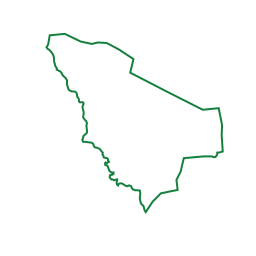 Juazeiro do Piauí, Piauí, Brazil, rotated 103°
{"feature_id": "56859067B16787384500199", "entity_name": "Juazeiro do Piauí", "entity_type": "district", "adm_level": 2, "iso_a3": "BRA", "parent_name": "Brazil", "parent_adm1": "Piauí", "projection": "orthographic", "projection_center": [-41.546, -4.968], "detail": "fine", "context": "isolated", "style": "outline", "palette": "green", "viewbox_px": 256, "rotation_deg": 103, "n_neighbors": 0, "source": "geoboundaries", "source_scale": "gbopen_adm2", "svg_char_len": 2317}
<svg xmlns="http://www.w3.org/2000/svg" viewBox="0 0 256 256"><g transform="rotate(103 128 128)"><path d="M206.0,91.8L194.4,87.5L184.3,81.3L180.2,72.5L177.2,65.7L167.7,69.1L158.6,66.9L149.2,66.9L144.8,66.8L139.3,49.9L138.6,47.8L136.7,39.5L137.2,38.2L136.6,36.3L134.7,35.4L133.1,35.1L131.9,35.5L131.3,33.5L129.6,30.4L113.9,35.1L112.4,35.4L104.0,37.0L88.3,44.1L93.4,59.2L91.7,66.2L83.5,99.5L73.6,138.3L67.0,138.2L59.6,138.2L55.3,149.8L53.7,154.0L50.8,164.6L50.0,167.8L51.4,176.5L54.2,182.1L54.3,186.8L54.4,193.6L50.5,210.7L54.9,223.9L55.3,225.1L64.5,224.6L65.8,224.9L67.6,225.6L68.9,224.2L69.5,222.4L70.6,220.7L71.8,219.3L73.3,217.6L74.9,216.7L76.1,215.9L77.6,215.5L79.0,215.2L80.5,214.7L81.7,213.8L83.3,213.2L84.7,212.1L85.7,210.8L87.2,210.6L87.7,208.6L88.1,206.9L89.1,205.3L90.5,204.2L91.8,202.9L92.9,200.7L93.9,199.4L95.4,198.1L97.2,197.7L98.8,197.5L100.4,196.6L101.8,195.7L103.3,195.0L104.4,193.8L105.0,191.7L104.8,190.0L104.5,188.1L105.0,186.6L106.1,185.5L107.7,185.0L109.1,184.4L109.8,183.3L111.2,182.3L113.2,181.7L113.8,180.5L113.3,178.9L113.1,177.4L114.4,176.7L116.0,177.0L117.4,177.2L119.2,176.5L120.8,175.6L122.0,175.0L123.5,174.5L125.3,174.3L127.1,174.3L128.5,173.4L129.7,171.9L130.7,170.4L131.9,169.4L133.2,169.0L135.0,169.1L136.6,168.5L138.6,167.8L140.3,167.2L142.1,167.0L143.8,168.2L145.8,169.6L147.8,169.6L149.7,169.9L151.5,168.6L151.3,167.2L150.9,165.9L150.9,164.0L150.7,162.2L150.5,160.4L150.9,158.8L151.8,157.9L153.1,157.4L154.3,156.0L154.2,153.7L154.5,151.9L155.2,150.1L156.5,148.8L157.7,147.0L159.5,147.0L160.5,145.8L162.1,145.1L162.2,143.5L162.0,142.0L162.8,140.5L164.1,140.2L165.2,138.9L166.7,140.4L166.6,142.0L167.8,142.5L169.3,141.6L169.0,140.3L170.1,139.0L171.5,138.1L172.9,137.2L174.3,136.0L175.2,133.7L174.6,132.1L176.2,131.8L177.2,133.1L177.8,134.8L179.8,134.9L180.9,133.9L181.9,132.6L181.5,131.1L182.1,129.8L181.0,128.2L180.5,127.0L181.8,126.8L183.6,126.9L185.5,126.0L186.2,124.8L184.8,124.6L183.8,123.5L183.4,121.5L183.8,120.0L184.7,117.9L184.9,115.5L183.7,114.2L183.8,112.2L185.6,110.7L186.7,109.7L186.7,108.3L187.1,107.2L186.7,105.7L186.5,104.0L186.2,102.6L187.3,101.9L188.5,101.5L189.8,101.2L191.1,101.0L192.9,100.9L194.5,100.4L195.8,99.8L197.1,99.2L198.6,98.4L199.6,97.0L200.4,95.5L201.5,94.8L203.2,94.0L204.8,93.0L206.0,91.8Z" fill="none" stroke="#15803d" stroke-width="2"/></g></svg>